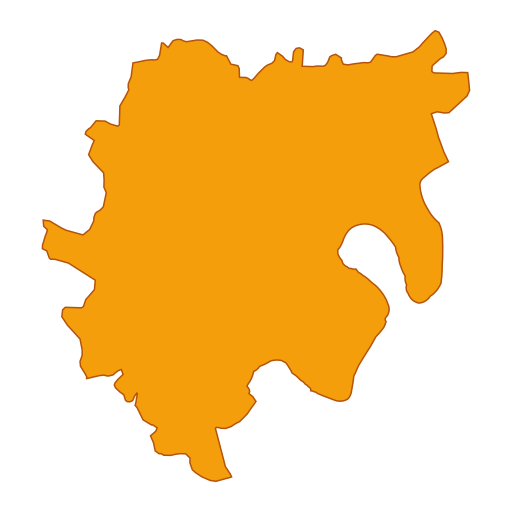 Al-Bagur, Al Minufiyah, Egypt
{"feature_id": "37247803B46685873859675", "entity_name": "Al-Bagur", "entity_type": "district", "adm_level": 2, "iso_a3": "EGY", "parent_name": "Egypt", "parent_adm1": "Al Minufiyah", "projection": "natural_earth1", "projection_center": [31.09, 30.413], "detail": "fine", "context": "isolated", "style": "filled", "palette": "amber", "viewbox_px": 512, "rotation_deg": 0, "n_neighbors": 0, "source": "geoboundaries", "source_scale": "gbopen_adm2", "svg_char_len": 5980}
<svg xmlns="http://www.w3.org/2000/svg" viewBox="0 0 512 512"><path d="M467.7,72.6L461.1,72.4L452.6,73.5L433.8,72.9L431.9,71.5L432.1,66.1L433.4,64.7L440.1,58.8L443.4,56.9L446.1,53.5L446.2,48.8L444.4,43.3L442.0,37.7L438.9,32.2L435.1,30.7L431.8,33.3L422.4,43.3L419.7,46.6L413.0,51.9L396.0,56.8L391.4,56.7L387.6,55.9L377.2,54.2L375.3,55.5L373.9,57.5L371.9,60.2L370.5,62.2L367.9,62.8L363.4,62.6L359.4,63.2L354.7,63.7L347.7,64.9L343.2,64.1L341.4,59.9L341.4,57.9L335.7,54.3L331.7,55.6L329.8,56.9L327.7,62.2L326.3,64.2L325.0,65.6L323.0,66.2L317.1,66.0L313.2,66.6L302.2,66.3L303.3,49.9L299.5,47.8L296.2,48.4L293.6,51.7L292.6,60.5L292.0,61.9L289.4,61.8L285.5,59.6L282.4,56.1L277.3,52.6L275.9,54.6L274.5,60.7L271.8,63.3L267.2,65.2L264.5,67.2L258.5,73.1L254.5,77.8L252.5,79.8L251.1,80.4L248.0,78.3L246.0,77.5L239.5,77.3L239.2,68.5L237.9,65.7L230.8,64.1L226.5,55.8L225.2,55.8L221.4,54.3L218.2,52.2L211.9,45.9L207.5,42.3L203.0,40.2L197.1,40.0L186.7,41.7L183.5,41.0L180.9,39.5L177.0,39.4L173.1,40.7L172.2,41.8L168.1,47.5L163.3,43.1L161.6,43.0L159.6,55.2L157.6,59.3L155.0,59.9L151.1,59.8L145.9,60.3L137.4,62.1L133.0,62.9L131.1,76.9L128.3,83.6L128.2,87.7L128.8,89.8L125.4,96.5L119.9,105.9L119.3,124.9L117.8,126.2L110.3,124.0L105.2,121.1L96.1,120.8L90.7,127.5L88.7,128.8L86.0,131.4L85.3,134.2L94.2,140.5L92.1,145.3L88.6,154.7L92.9,161.6L103.6,172.8L104.1,179.7L103.9,187.1L106.3,192.7L103.3,206.9L100.0,210.2L96.7,212.1L95.3,213.5L93.9,217.5L93.8,220.9L89.6,229.6L87.0,231.6L83.0,234.9L66.3,230.3L61.8,228.2L49.7,221.0L43.2,220.1L43.7,226.3L47.4,229.8L46.7,232.5L45.3,235.9L42.5,245.3L42.4,248.7L46.8,250.9L49.2,257.8L50.5,259.2L55.0,259.3L68.5,263.1L95.3,280.2L94.4,289.7L85.7,299.7L83.5,306.5L81.5,307.8L65.3,307.3L62.6,309.9L61.8,316.7L67.4,325.1L80.0,339.0L82.2,350.0L82.1,355.5L80.0,361.5L80.5,366.3L84.8,373.2L86.7,376.7L86.6,378.6L99.0,375.7L103.6,375.1L106.8,375.9L108.7,376.0L113.3,374.8L114.6,373.4L118.0,370.8L121.3,369.5L123.1,374.4L117.7,379.6L115.0,383.0L114.3,385.0L115.5,387.8L119.9,392.0L123.8,394.8L125.5,400.3L127.4,401.7L130.0,401.8L132.7,400.5L134.8,395.8L136.8,393.1L137.4,393.8L136.6,397.9L135.9,402.6L135.1,405.4L137.0,407.5L143.1,419.9L151.4,424.9L152.7,424.9L157.2,427.8L155.8,431.2L150.5,435.8L153.5,442.7L155.2,450.9L159.0,453.7L161.6,453.8L163.5,455.2L170.6,455.4L175.9,454.2L179.8,453.7L185.6,453.8L190.0,458.0L189.9,462.8L192.3,469.7L195.4,472.5L201.8,476.8L210.1,480.4L215.9,481.3L231.6,477.0L230.4,474.2L225.4,466.6L215.4,428.3L216.2,427.5L218.2,427.5L221.4,428.3L225.9,428.4L231.2,426.5L235.1,423.9L239.8,421.4L247.1,414.1L251.2,408.1L253.2,405.4L256.0,401.4L252.7,396.5L250.9,395.2L248.9,393.4L249.4,392.4L249.6,391.6L249.6,391.1L249.4,390.1L249.0,389.0L248.4,388.0L247.7,387.1L246.9,386.4L247.7,384.6L249.9,381.4L250.6,380.1L251.5,378.3L252.7,375.2L253.3,373.0L253.6,371.5L255.2,370.7L256.9,369.5L258.4,368.1L259.6,366.4L264.2,364.5L267.4,362.9L270.8,360.9L271.5,360.7L274.2,360.2L276.9,360.0L279.6,360.2L281.9,360.6L283.6,361.7L284.4,362.1L285.7,362.6L287.4,364.9L288.8,367.1L291.2,371.0L291.4,371.8L291.7,372.3L292.4,373.3L294.4,374.6L296.3,376.0L298.7,378.2L300.6,380.3L301.7,380.8L302.9,381.6L304.3,382.9L305.2,384.1L306.7,385.0L307.6,385.8L308.5,386.8L309.2,387.2L309.8,387.7L310.3,388.4L310.7,389.1L310.8,390.0L310.8,390.8L312.4,391.0L313.1,391.3L314.0,391.7L315.5,392.1L316.5,392.6L317.4,393.4L323.4,395.9L332.5,399.4L335.3,400.4L337.0,400.9L338.6,401.1L339.7,401.2L341.4,401.1L342.5,401.0L344.1,400.6L345.2,400.3L346.7,399.6L348.2,398.7L349.2,397.3L350.0,395.9L350.7,394.4L351.2,392.8L352.8,383.6L353.3,380.4L353.8,376.0L355.6,372.4L357.5,367.9L359.1,364.6L360.7,362.1L363.0,358.2L370.7,346.0L375.6,337.2L376.4,336.1L378.8,333.6L381.0,331.0L383.1,328.3L384.0,327.0L385.2,324.3L386.1,321.4L385.6,320.9L385.2,320.1L385.1,319.4L385.2,318.6L385.6,317.8L386.7,316.4L387.3,315.6L388.0,314.3L388.3,313.4L388.8,312.0L389.0,311.0L389.1,310.0L389.1,308.5L389.0,307.5L388.7,306.1L387.8,303.6L386.4,300.0L384.6,296.7L383.1,294.3L380.9,291.3L378.3,288.2L376.2,286.1L375.3,285.3L373.0,283.5L371.3,282.1L368.2,279.2L366.5,277.8L364.7,276.5L362.7,275.3L361.8,274.5L360.7,273.6L359.9,273.1L358.7,272.6L355.9,269.0L354.8,269.2L353.5,269.1L352.3,268.9L351.2,268.5L350.0,268.5L349.1,268.2L348.0,267.6L347.1,266.8L345.4,265.9L344.7,265.4L343.8,264.5L343.0,263.6L342.8,263.1L342.3,261.8L341.9,260.3L340.8,259.1L340.1,258.2L338.8,255.9L338.4,255.2L338.0,254.1L337.8,252.9L337.9,251.2L337.7,250.5L337.9,249.7L338.4,249.0L339.0,248.5L340.4,246.4L342.7,241.7L343.3,239.7L344.2,237.6L345.2,235.5L346.4,233.5L347.9,231.4L349.1,230.0L350.5,228.7L352.0,227.6L354.2,226.3L356.5,225.4L358.2,224.9L360.4,224.4L363.2,224.0L366.0,224.0L368.8,224.3L371.5,224.9L373.5,225.6L376.0,226.8L379.2,228.7L382.1,230.9L384.8,233.3L386.6,235.3L390.2,239.6L392.8,243.0L395.5,247.0L395.9,249.5L396.6,252.4L397.7,255.2L398.9,257.5L398.9,259.1L399.2,261.0L399.4,262.2L399.9,264.0L401.1,267.5L402.2,270.2L403.4,273.0L405.1,275.9L405.0,278.3L405.2,280.5L405.7,282.7L406.6,284.8L406.3,286.2L406.1,287.5L406.3,289.2L406.5,290.5L407.0,291.7L407.7,292.8L408.2,293.6L408.7,294.9L409.5,296.3L410.7,298.2L411.8,299.4L413.5,300.8L414.9,301.6L416.8,302.5L418.3,303.0L418.9,303.0L420.5,302.9L422.1,302.5L423.1,302.1L424.1,301.7L425.5,300.9L427.3,299.6L428.9,298.1L430.3,296.1L432.0,295.0L433.7,293.6L435.9,291.3L437.5,289.4L439.2,286.7L440.0,285.3L441.0,283.3L441.8,276.1L442.1,271.0L442.2,265.0L442.6,258.6L442.7,249.8L442.7,245.4L442.5,238.7L442.4,235.9L441.9,232.4L441.4,229.8L440.6,227.2L439.7,224.7L439.0,222.9L436.8,221.0L434.8,219.0L433.0,216.9L431.2,214.7L429.6,212.3L426.8,207.5L425.3,204.8L424.4,203.0L423.6,201.1L422.5,198.2L421.6,195.2L421.1,193.2L420.5,190.6L420.1,187.6L419.9,185.6L419.9,183.9L420.2,182.6L420.6,181.4L421.2,180.3L422.0,179.3L422.8,178.4L428.7,173.4L431.8,171.1L435.0,168.9L437.4,167.8L448.5,161.7L444.0,152.3L438.5,137.3L436.2,128.8L431.3,113.7L437.2,111.8L444.3,113.0L448.9,112.7L467.0,96.0L469.6,90.3L468.6,80.1L467.7,72.6Z" fill="#f59e0b" stroke="#b45309" stroke-width="1.5"/></svg>